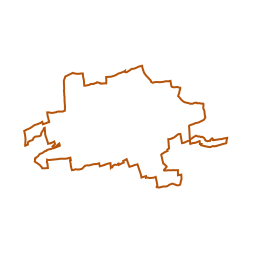 outline of Botesti, Vaslui, Romania, rotated 107°
{"feature_id": "2599482B66612937018908", "entity_name": "Botesti", "entity_type": "district", "adm_level": 2, "iso_a3": "ROU", "parent_name": "Romania", "parent_adm1": "Vaslui", "projection": "robinson", "projection_center": [27.902, 46.78], "detail": "fine", "context": "isolated", "style": "outline", "palette": "amber", "viewbox_px": 256, "rotation_deg": 107, "n_neighbors": 0, "source": "geoboundaries", "source_scale": "gbopen_adm2", "svg_char_len": 5806}
<svg xmlns="http://www.w3.org/2000/svg" viewBox="0 0 256 256"><g transform="rotate(107 128 128)"><path d="M184.7,169.3L184.2,168.0L182.9,166.3L182.3,163.5L181.7,162.1L180.7,160.4L180.6,160.2L179.3,159.4L177.2,158.4L176.5,157.7L175.5,155.9L175.4,154.8L175.1,154.2L173.1,151.0L172.1,149.1L171.9,148.6L172.0,148.2L171.7,147.5L171.2,146.9L170.2,145.3L172.9,143.8L170.8,140.5L170.5,140.3L170.1,139.8L169.9,139.5L170.0,139.3L169.0,138.3L167.9,136.7L166.7,134.5L170.8,132.9L170.5,132.8L170.4,132.1L170.5,131.8L169.9,131.5L168.6,131.4L167.1,130.1L166.8,129.4L166.6,128.1L165.7,126.5L164.9,126.9L164.7,126.6L165.9,125.9L163.5,123.4L162.4,122.0L161.0,123.0L159.1,121.0L158.2,120.2L164.7,115.3L164.7,115.1L164.0,114.4L163.1,112.8L161.1,110.3L160.2,108.5L160.0,108.3L169.3,101.7L171.4,100.7L168.8,96.8L170.4,96.3L169.8,95.4L169.7,95.0L169.5,92.8L168.8,90.8L168.1,89.2L167.2,87.8L166.7,87.2L173.1,83.7L174.6,83.1L175.1,83.1L175.5,83.4L176.2,83.2L175.8,80.8L173.6,77.2L173.4,76.3L173.3,75.7L173.0,75.2L172.4,73.7L171.2,72.6L170.2,71.9L168.6,69.8L168.2,69.2L168.1,68.9L168.4,67.0L168.2,66.3L168.5,64.8L168.3,63.8L168.1,63.0L167.4,62.1L167.0,61.7L166.8,61.6L165.9,61.6L163.4,61.9L161.3,61.9L160.8,62.0L157.0,63.4L158.6,66.4L153.7,67.9L154.6,70.4L154.7,71.3L155.7,74.0L156.7,77.2L157.0,78.0L157.2,78.6L157.5,79.0L157.7,79.9L158.1,80.7L158.1,81.0L157.8,81.2L157.3,81.3L154.0,79.7L153.5,79.8L153.1,80.2L152.9,81.0L151.7,83.2L151.7,83.6L151.7,83.9L143.9,88.4L143.7,88.2L142.9,88.0L142.3,87.5L141.9,86.9L140.7,86.1L139.7,85.0L138.4,83.4L137.1,84.1L135.6,82.8L126.9,86.2L126.3,84.7L125.2,82.8L124.8,82.8L124.3,82.0L123.2,80.8L122.1,80.2L121.7,79.7L121.2,79.6L119.1,78.0L118.4,76.2L126.7,71.9L125.6,69.9L124.7,69.0L123.3,67.3L122.7,66.7L122.5,66.3L122.5,66.0L122.2,65.3L122.2,64.9L124.7,64.0L125.0,63.8L123.3,61.3L122.8,59.9L122.2,58.9L119.6,55.8L119.6,55.6L122.3,54.6L121.8,53.0L123.1,53.0L122.8,47.4L122.3,43.9L121.3,42.5L120.7,41.9L120.3,41.0L120.3,39.8L119.7,39.1L119.5,38.3L119.1,38.0L118.7,37.1L118.4,36.9L117.1,34.8L115.8,33.0L113.9,29.7L112.8,29.6L112.3,29.9L111.5,30.0L109.1,30.2L108.7,30.1L108.4,30.2L110.3,33.9L111.0,34.7L112.0,37.2L114.6,42.5L114.3,42.8L114.7,43.6L114.6,43.8L113.8,44.0L113.5,44.0L113.3,44.1L113.2,44.4L113.3,44.6L113.8,44.8L114.4,45.2L114.9,45.7L115.4,45.8L116.2,45.7L117.5,48.4L117.3,49.6L117.3,50.3L116.6,50.8L115.3,52.3L114.7,54.6L115.3,55.4L115.4,56.0L115.1,57.0L115.6,58.3L115.7,59.3L115.4,60.6L116.7,61.9L117.2,62.3L118.2,63.2L119.0,63.6L120.8,65.3L120.2,65.8L112.9,68.4L109.0,69.9L108.0,70.2L107.4,69.8L106.3,68.4L106.1,68.0L104.9,66.3L104.0,65.5L102.1,62.2L101.6,61.5L100.9,60.9L98.7,58.5L98.0,57.9L97.3,57.6L96.7,57.5L95.3,57.1L95.0,57.2L94.6,57.5L92.9,58.5L89.6,59.8L88.1,60.9L87.7,61.4L87.2,61.7L85.9,62.2L85.3,62.2L83.2,62.8L82.8,63.0L82.7,63.4L83.0,63.8L83.1,64.7L83.4,66.1L83.4,67.1L84.1,68.9L84.1,69.5L83.8,69.7L84.1,71.0L84.5,71.7L86.0,73.5L86.1,73.8L86.1,74.1L86.3,75.0L86.6,75.3L86.6,76.0L86.5,77.0L86.8,81.0L86.7,81.9L86.3,83.3L85.7,84.7L82.9,89.1L82.9,89.3L82.5,89.4L79.2,89.3L77.7,89.5L75.2,89.5L74.2,89.8L74.4,90.6L74.4,91.5L74.4,92.3L74.3,92.7L75.6,95.7L75.8,97.2L75.8,98.2L75.4,98.5L75.1,98.9L70.5,101.2L71.6,103.1L71.8,103.8L72.0,105.1L73.0,106.8L73.4,107.7L73.9,108.5L75.0,111.3L75.6,113.9L75.9,114.9L77.5,117.7L77.4,118.4L77.1,119.2L77.0,119.6L76.7,119.6L75.9,120.2L72.2,126.6L71.1,127.9L71.0,128.2L69.7,129.4L66.4,131.7L64.4,132.7L65.2,134.0L65.8,135.2L66.8,136.4L67.7,137.3L69.7,139.8L70.1,141.3L70.9,142.2L72.0,142.9L75.2,145.7L75.3,147.5L74.4,147.6L74.8,147.9L76.3,149.7L77.5,151.2L78.8,153.2L80.9,155.0L82.6,157.2L83.9,159.2L84.4,160.4L84.7,161.4L85.7,163.8L88.6,162.7L91.7,161.9L91.9,162.9L92.4,163.9L92.7,165.0L93.4,166.3L93.4,166.9L93.2,167.1L93.2,167.4L93.5,167.7L93.5,168.0L93.1,169.1L93.3,169.4L93.3,170.9L93.4,171.1L94.1,171.4L94.7,172.5L95.9,173.7L96.0,174.4L96.4,175.1L96.8,176.6L98.2,177.7L99.0,179.4L99.9,180.8L100.3,182.2L95.1,184.2L91.6,186.2L89.1,187.1L89.1,187.4L89.5,188.6L90.7,191.2L91.1,192.7L91.6,196.3L91.4,196.9L97.1,203.0L101.5,203.2L108.9,200.6L110.5,200.2L111.1,200.2L112.8,199.4L115.7,198.4L116.9,197.7L118.6,197.3L121.4,196.3L125.2,194.8L126.4,194.4L128.7,193.8L129.8,193.4L130.1,193.9L130.7,194.4L131.3,195.2L131.6,195.8L131.8,196.9L132.3,197.9L132.3,198.6L132.9,199.9L133.0,200.3L133.6,201.1L134.1,201.5L134.6,202.8L134.9,203.2L135.5,204.3L135.8,205.2L136.1,206.3L136.1,207.7L136.7,209.8L139.6,208.6L142.9,206.5L143.9,206.1L144.6,205.4L145.5,205.1L146.2,206.6L147.1,207.3L147.6,208.2L149.3,210.4L147.1,211.8L147.4,212.2L148.5,212.8L150.9,215.8L151.9,217.2L152.3,217.9L153.0,218.7L154.5,219.7L157.0,221.8L159.0,224.2L161.1,226.4L165.4,224.1L167.2,223.3L168.1,223.0L168.7,222.7L175.0,221.2L174.9,220.9L174.4,220.3L173.0,218.9L172.5,219.1L171.6,219.4L170.6,219.4L169.1,218.1L168.2,216.9L167.7,216.1L167.4,215.7L165.1,215.4L164.4,215.0L163.3,214.1L161.9,210.6L160.9,209.4L160.2,209.2L159.4,209.2L158.5,209.5L156.7,209.1L154.9,208.5L153.8,208.3L152.9,208.4L152.2,207.7L158.6,205.2L160.7,203.8L161.1,203.4L161.9,202.9L165.7,200.2L166.5,199.8L165.2,197.8L165.3,197.5L162.5,194.6L164.6,193.1L166.1,193.8L166.8,194.4L167.7,194.8L168.8,193.6L168.8,193.3L168.3,193.0L167.4,192.0L166.8,191.5L163.5,189.7L162.9,189.2L164.8,188.0L165.4,188.6L169.1,193.2L169.1,193.5L169.5,194.3L170.5,195.2L171.4,197.1L172.8,199.1L173.7,199.4L174.2,200.2L174.6,200.8L177.0,202.6L178.4,204.5L179.3,205.1L180.5,205.5L181.5,205.9L182.7,206.8L183.5,207.7L184.2,207.5L184.5,207.9L187.4,207.3L188.3,204.1L189.1,201.7L191.0,198.6L191.6,198.3L191.3,197.1L190.9,195.9L189.7,192.9L185.4,194.7L184.8,195.4L184.4,195.6L183.9,195.8L183.1,195.8L181.9,196.1L181.9,195.2L181.6,193.9L179.4,188.6L178.3,186.1L178.0,185.2L177.3,184.2L175.6,178.6L175.0,177.4L173.2,174.5L175.4,173.3L175.8,174.1L178.7,172.5L181.5,171.3L184.7,169.3Z" fill="none" stroke="#b45309" stroke-width="2"/></g></svg>